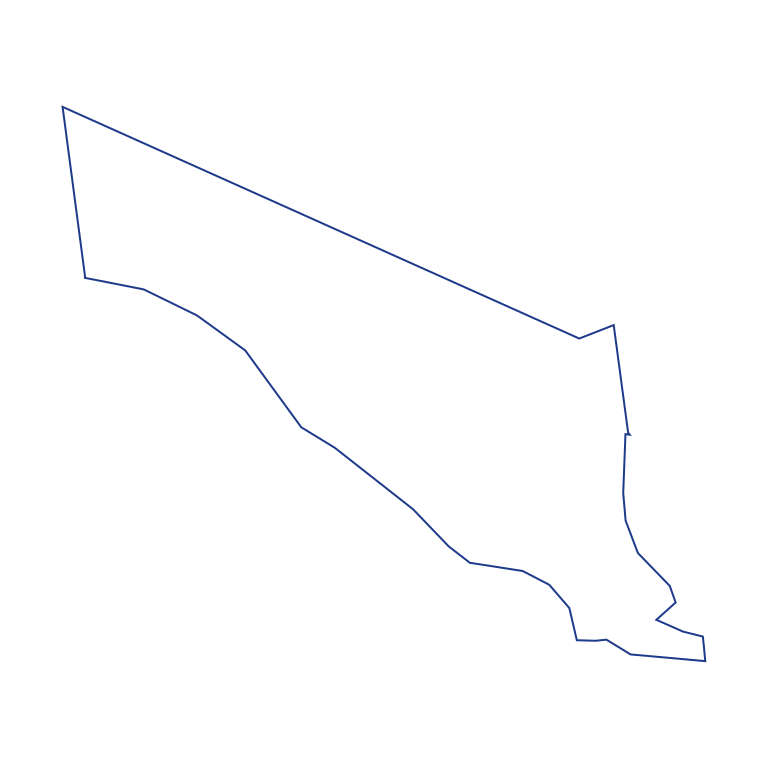 the border of Bur Sa`id, rotated 174°
{"feature_id": "EGY-1538", "entity_name": "Bur Sa`id", "entity_type": "Governorate", "adm_level": 1, "iso_a3": "EGY", "parent_name": "Egypt", "parent_adm1": "", "projection": "orthographic", "projection_center": [32.36, 31.131], "detail": "fine", "context": "isolated", "style": "outline", "palette": "blue", "viewbox_px": 768, "rotation_deg": 174, "n_neighbors": 0, "source": "natural_earth", "source_scale": "10m", "svg_char_len": 575}
<svg xmlns="http://www.w3.org/2000/svg" viewBox="0 0 768 768"><g transform="rotate(174 384 384)"><path d="M93.5,74.8L167.1,89.3L189.5,106.5L200.1,106.5L219.0,109.0L223.1,141.8L240.6,167.0L265.6,183.5L317.3,197.2L336.6,215.7L368.2,256.4L439.6,325.7L470.8,349.6L518.5,431.9L562.8,471.7L613.1,503.2L670.3,520.8L670.1,523.0L674.7,693.2L185.1,408.8L149.4,418.6L146.3,310.1L145.0,307.9L149.1,308.9L157.5,250.5L158.0,223.0L149.2,189.4L120.9,153.3L116.8,136.2L137.8,121.0L112.5,106.5L93.3,99.5L93.3,99.2L93.3,88.6L93.5,74.8Z" fill="none" stroke="#1e3a8a" stroke-width="2"/></g></svg>